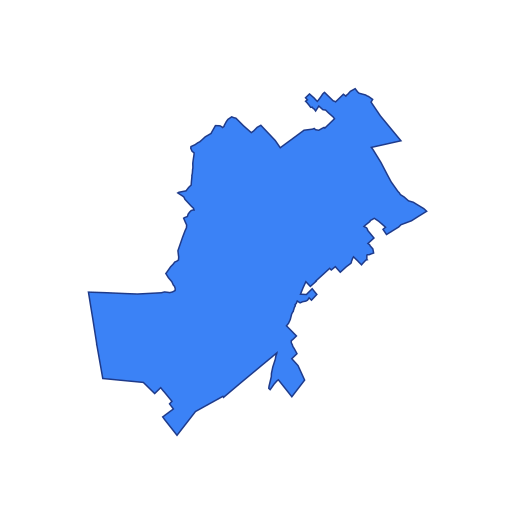 Yaxkukul, Yucatán, Mexico, rotated 313°
{"feature_id": "50627088B96135339135610", "entity_name": "Yaxkukul", "entity_type": "district", "adm_level": 2, "iso_a3": "MEX", "parent_name": "Mexico", "parent_adm1": "Yucatán", "projection": "albers", "projection_center": [-89.436, 21.056], "detail": "fine", "context": "isolated", "style": "filled", "palette": "blue", "viewbox_px": 512, "rotation_deg": 313, "n_neighbors": 0, "source": "geoboundaries", "source_scale": "gbopen_adm2", "svg_char_len": 3902}
<svg xmlns="http://www.w3.org/2000/svg" viewBox="0 0 512 512"><g transform="rotate(313 256 256)"><path d="M272.8,153.2L271.1,154.2L270.2,155.1L266.0,158.3L263.7,160.2L260.2,160.0L255.9,160.4L253.6,158.7L250.0,156.1L248.8,155.8L249.8,161.5L249.9,163.2L249.0,165.3L248.3,174.9L248.3,177.7L247.4,179.3L246.9,178.7L245.1,177.6L242.9,177.5L240.3,177.8L238.1,178.9L235.2,177.5L234.3,177.3L232.4,181.6L231.4,184.1L229.2,185.9L226.3,186.8L219.9,189.4L206.6,195.3L203.7,198.7L202.6,200.1L200.2,202.0L198.2,201.6L196.1,200.7L193.4,201.0L189.9,200.9L182.9,201.9L181.7,202.0L180.4,206.7L179.8,211.9L178.4,215.3L178.2,217.1L177.2,219.0L175.6,220.4L172.7,219.4L170.4,217.9L169.3,216.3L167.3,213.6L164.5,211.8L147.3,195.2L141.0,187.9L140.9,187.8L125.7,170.0L115.3,158.1L111.5,163.0L106.9,168.9L98.8,179.4L83.3,199.2L82.7,199.7L82.3,200.3L82.0,200.8L62.5,226.7L62.4,226.8L61.9,227.5L66.7,233.7L66.8,233.9L66.9,234.0L80.4,251.6L80.5,251.7L86.7,259.8L86.3,275.7L94.7,276.1L94.4,278.2L94.1,280.2L94.0,281.7L92.4,293.6L88.9,293.6L87.8,299.9L74.7,297.5L74.0,301.0L71.0,320.5L101.0,317.8L110.0,320.7L130.8,327.5L130.5,328.7L130.8,328.7L152.6,331.3L180.9,334.9L199.4,337.3L198.8,337.7L196.4,338.7L193.7,340.5L187.5,343.4L186.4,343.9L180.6,347.4L178.2,349.5L169.7,354.3L167.9,355.6L167.9,357.5L171.2,357.1L174.6,356.6L179.2,356.5L180.7,356.8L177.5,378.2L198.4,376.2L204.5,361.5L205.3,352.2L212.5,352.6L213.8,348.8L214.4,346.9L214.9,344.9L214.9,344.7L215.8,343.2L216.6,341.0L218.1,339.6L218.8,339.7L220.3,339.9L225.1,340.1L225.7,325.9L228.9,325.7L232.9,324.4L238.0,321.6L240.0,321.1L241.0,321.0L241.7,320.5L242.5,320.2L244.4,319.2L246.4,318.7L247.0,317.8L248.8,317.8L250.0,317.3L251.2,316.9L251.8,320.2L254.4,321.3L257.0,323.2L258.8,323.8L261.6,323.4L261.5,326.7L269.4,326.7L269.7,324.2L270.4,319.4L262.2,319.1L258.4,314.6L264.8,312.1L271.2,310.0L270.8,316.5L278.5,317.2L278.5,316.8L297.2,318.3L297.1,320.6L302.3,321.3L301.6,328.7L310.0,329.4L315.4,330.4L316.5,330.0L317.3,329.4L318.3,329.1L319.7,328.4L321.9,327.9L321.8,331.5L321.8,334.2L321.7,334.5L321.6,337.0L321.5,339.2L323.2,339.1L327.9,339.1L329.0,339.8L329.0,339.7L329.1,339.4L329.4,339.1L332.2,336.5L332.9,336.6L333.8,337.6L334.5,338.1L335.9,338.7L338.4,340.0L340.9,336.6L341.3,332.4L341.7,331.5L341.5,329.3L349.6,330.0L350.9,320.1L351.5,319.4L352.0,317.7L351.2,314.8L352.9,314.9L359.0,315.8L359.7,315.4L360.4,315.6L361.2,315.8L361.6,316.0L364.2,316.8L364.3,317.2L365.1,322.0L365.4,331.1L362.1,330.7L360.7,336.8L372.8,340.1L374.5,340.6L375.4,340.6L377.8,340.7L387.8,345.7L396.3,347.9L405.1,350.3L405.1,346.4L403.2,337.4L402.6,334.4L400.4,330.0L400.3,329.0L400.2,324.1L399.6,321.0L399.4,319.6L399.9,317.8L400.0,315.8L402.4,304.2L405.0,296.6L409.6,283.6L413.6,269.1L414.1,266.3L439.1,283.4L443.3,251.3L447.0,235.2L450.1,234.5L449.4,229.3L449.0,228.6L448.5,226.3L445.3,220.3L445.3,218.4L446.0,214.4L440.8,212.7L436.5,212.8L435.4,212.5L434.2,212.7L433.9,209.6L423.0,209.1L422.9,208.4L422.1,206.6L422.4,194.5L421.8,194.4L419.9,194.3L417.1,194.8L412.6,195.3L410.9,195.4L410.9,194.0L411.2,190.7L411.1,187.8L411.0,184.6L405.5,184.3L405.3,187.1L403.0,186.7L402.9,188.8L402.8,189.4L402.5,191.8L402.0,194.6L403.2,195.7L402.9,197.2L403.2,198.3L402.7,200.7L408.5,199.7L408.6,205.1L410.2,207.4L410.1,211.5L410.3,217.7L409.9,219.8L396.5,219.1L396.5,218.1L394.1,217.2L392.2,216.6L390.7,216.1L388.9,213.3L389.0,212.4L389.0,211.6L387.3,210.8L380.7,205.3L380.0,205.2L351.7,199.9L353.6,191.3L354.9,170.4L350.9,169.1L345.9,169.0L343.0,168.4L342.7,158.0L343.1,147.3L342.0,145.4L341.2,143.3L336.8,142.3L334.2,142.6L329.6,143.8L328.9,144.3L327.1,143.9L327.2,143.2L326.7,141.0L325.7,139.7L323.7,137.4L315.8,139.3L315.1,139.6L308.6,137.6L301.2,137.0L299.1,136.2L295.8,135.5L291.7,133.8L290.3,134.8L289.0,137.8L289.2,140.4L287.9,141.5L283.1,144.8L281.3,146.1L280.5,146.7L278.1,149.1L276.7,150.3L276.3,150.4L272.9,153.2L272.8,153.2Z" fill="#3b82f6" stroke="#1e3a8a" stroke-width="1.5"/></g></svg>